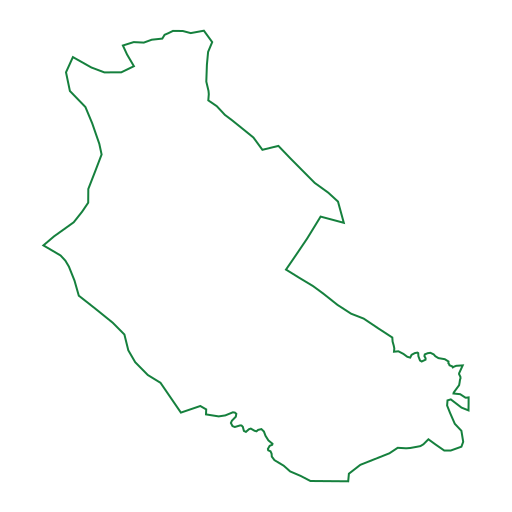 outline of Warri South, Delta, Nigeria
{"feature_id": "59680162B21053239387442", "entity_name": "Warri South", "entity_type": "district", "adm_level": 2, "iso_a3": "NGA", "parent_name": "Nigeria", "parent_adm1": "Delta", "projection": "mercator", "projection_center": [5.662, 5.624], "detail": "fine", "context": "isolated", "style": "outline", "palette": "green", "viewbox_px": 512, "rotation_deg": 0, "n_neighbors": 0, "source": "geoboundaries", "source_scale": "gbopen_adm2", "svg_char_len": 2418}
<svg xmlns="http://www.w3.org/2000/svg" viewBox="0 0 512 512"><path d="M122.9,45.5L127.0,54.4L133.9,66.2L121.3,72.3L104.4,72.4L91.4,67.5L72.9,57.1L66.0,72.3L69.9,91.0L85.4,107.0L92.2,123.3L96.0,134.3L99.3,143.8L101.6,154.5L95.5,170.5L88.3,189.0L88.2,202.7L82.1,211.7L73.7,222.3L54.1,236.3L43.4,245.4L60.6,255.5L65.4,260.7L68.9,266.6L74.5,280.6L78.8,295.7L85.7,301.1L87.0,302.1L98.1,310.9L112.7,322.7L124.4,334.5L128.3,350.3L135.2,362.2L147.8,375.0L160.5,382.8L180.9,412.6L200.3,406.0L206.2,409.4L206.0,414.4L218.7,416.4L225.3,415.4L232.9,412.3L234.9,412.6L236.3,413.8L235.8,416.7L231.9,420.7L230.9,423.0L232.5,426.1L234.8,427.0L240.2,425.4L241.5,425.5L242.8,426.8L243.9,430.9L245.9,431.9L249.0,429.2L250.8,428.6L254.6,430.8L256.5,431.3L258.1,429.9L261.4,429.1L263.9,431.5L265.5,435.8L268.4,440.4L272.5,443.8L272.2,444.8L269.7,445.8L267.9,448.9L268.2,450.3L270.5,451.3L271.6,453.7L271.8,456.6L274.5,460.2L283.7,465.7L290.1,471.4L300.6,475.9L310.4,481.0L348.2,481.3L348.9,473.7L360.1,465.0L360.9,464.6L389.4,453.3L397.7,447.8L406.2,448.3L410.2,448.0L416.8,446.8L420.4,446.1L423.4,444.3L428.4,439.3L435.4,444.4L444.2,450.5L450.8,450.5L461.4,446.7L463.2,441.8L461.4,430.8L454.8,423.8L450.0,412.8L447.1,405.5L447.5,400.4L450.8,399.4L461.5,407.6L468.5,410.4L468.6,402.8L468.6,397.4L466.5,397.7L465.5,397.7L460.2,394.2L453.5,393.5L453.7,392.6L455.1,390.6L456.9,388.2L459.1,385.2L459.6,382.5L460.0,379.7L460.5,378.3L460.4,376.8L459.1,374.2L459.1,373.3L462.7,365.4L456.3,365.8L453.9,366.7L452.8,367.4L452.1,366.3L449.5,365.3L449.3,364.4L448.4,363.3L448.5,361.5L444.8,359.2L438.4,358.1L435.3,356.2L433.7,354.4L430.4,352.8L427.7,353.2L424.8,354.4L424.4,356.1L425.6,358.3L425.5,359.7L421.7,361.5L420.0,360.5L418.4,356.2L418.2,353.1L417.4,352.6L414.8,353.1L411.6,354.8L410.2,357.6L407.3,356.8L403.4,353.9L398.4,351.3L394.0,351.7L394.3,348.4L393.7,345.5L392.6,341.6L392.3,337.5L378.3,328.4L363.7,318.6L357.3,316.1L351.1,313.7L337.5,304.9L323.9,294.1L313.2,286.2L298.6,277.4L286.0,269.6L295.6,255.6L307.1,238.6L316.2,223.8L320.6,216.6L343.8,222.8L338.0,201.6L328.3,192.7L314.7,182.9L302.0,170.1L290.3,158.3L278.4,145.9L262.4,149.8L253.4,137.5L232.1,120.3L224.9,114.9L216.8,106.2L208.3,100.4L208.8,94.2L208.5,90.9L206.3,81.6L206.9,64.8L208.1,51.9L212.2,42.1L203.9,30.7L190.7,33.1L182.8,31.0L173.0,30.9L168.3,33.2L164.6,34.8L162.3,38.6L151.8,39.7L143.8,42.6L133.7,42.1L122.9,45.5Z" fill="none" stroke="#15803d" stroke-width="2"/></svg>